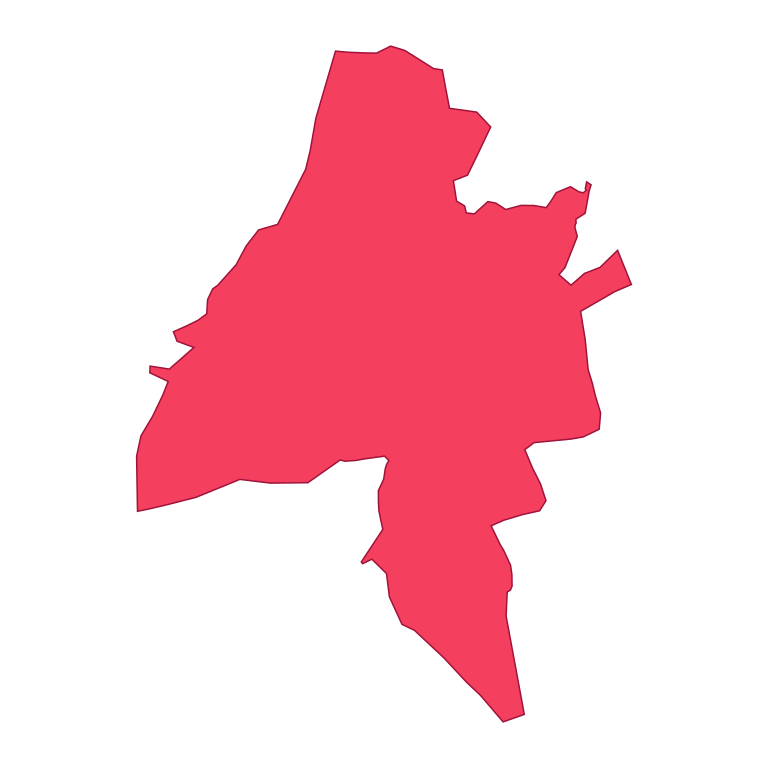 outline of Nganzai, Borno, Nigeria
{"feature_id": "59680162B84828583281462", "entity_name": "Nganzai", "entity_type": "district", "adm_level": 2, "iso_a3": "NGA", "parent_name": "Nigeria", "parent_adm1": "Borno", "projection": "albers", "projection_center": [13.181, 12.442], "detail": "fine", "context": "isolated", "style": "filled", "palette": "rose", "viewbox_px": 768, "rotation_deg": 0, "n_neighbors": 0, "source": "geoboundaries", "source_scale": "gbopen_adm2", "svg_char_len": 1875}
<svg xmlns="http://www.w3.org/2000/svg" viewBox="0 0 768 768"><path d="M631.4,284.5L617.6,250.3L600.0,267.4L584.5,273.4L571.0,285.2L559.0,274.7L565.0,267.6L577.3,236.5L574.9,227.3L575.3,224.5L576.1,223.2L575.9,219.2L585.1,213.3L587.6,199.9L589.1,191.2L591.1,184.8L586.6,181.9L585.3,188.9L586.4,190.2L583.2,192.8L578.9,191.8L570.5,186.7L561.3,190.5L556.3,192.6L551.1,200.9L546.2,207.6L533.7,205.5L521.1,205.4L505.7,209.5L495.8,203.1L487.9,201.6L474.3,213.9L466.3,212.9L464.6,205.9L456.6,201.1L453.4,180.7L462.2,177.2L467.5,175.2L470.7,168.7L476.4,157.0L490.7,127.0L476.7,112.1L449.5,108.3L445.8,88.8L442.3,69.9L433.6,68.6L404.9,50.5L390.7,46.1L376.5,53.1L364.5,52.9L349.2,52.3L335.5,51.1L315.8,118.5L310.2,150.6L305.7,169.2L277.6,224.4L258.6,229.9L246.2,245.9L236.2,264.6L217.7,285.3L216.8,286.0L215.9,286.6L212.6,289.0L207.6,299.6L206.7,313.8L200.7,318.3L197.8,320.4L185.7,326.3L173.4,331.7L177.1,341.3L193.9,347.4L169.3,369.1L150.1,366.1L149.8,372.8L168.2,381.5L162.7,395.3L152.7,416.1L141.0,435.8L136.6,456.2L137.5,511.3L149.7,508.8L167.1,504.7L196.0,497.3L215.9,489.2L239.8,479.4L270.5,483.1L290.4,482.9L307.9,482.7L340.1,460.0L344.7,461.2L355.4,460.5L364.5,458.9L384.5,456.1L388.9,460.6L386.5,464.5L385.3,468.5L383.7,479.1L378.4,490.6L378.4,501.9L379.0,511.5L382.8,529.4L371.5,546.5L361.3,561.9L362.6,563.7L371.9,559.2L386.5,573.6L389.4,596.9L402.0,624.4L414.4,630.3L443.5,657.5L467.0,682.7L480.5,695.4L503.1,721.9L524.3,714.4L506.1,616.0L507.2,592.0L510.4,590.1L512.1,586.0L512.0,582.2L511.9,574.5L510.5,565.0L503.3,549.6L500.5,545.2L497.4,538.8L494.7,533.2L491.1,525.8L503.6,520.3L522.4,514.6L539.6,510.8L546.0,500.7L540.5,483.9L532.5,468.0L524.8,449.6L534.2,442.6L571.4,439.0L583.3,436.9L599.2,429.2L600.6,413.0L595.4,395.9L592.4,383.5L588.1,369.4L585.2,339.5L580.6,311.3L593.0,304.2L614.6,291.7L631.4,284.5Z" fill="#f43f5e" stroke="#9f1239" stroke-width="1.5"/></svg>